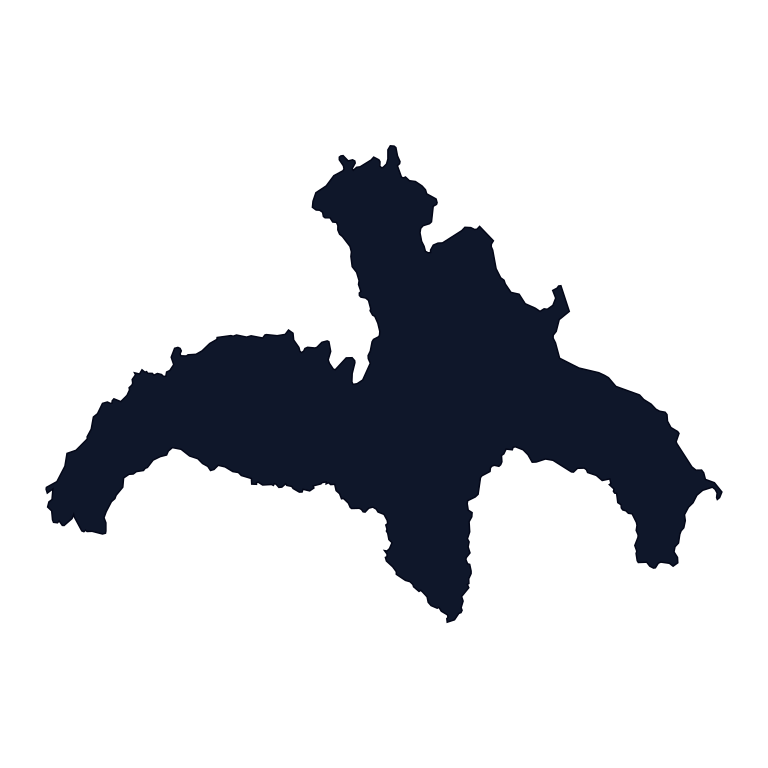 Porto Grande, Amapá, Brazil (Natural Earth projection)
{"feature_id": "56859067B81686186446663", "entity_name": "Porto Grande", "entity_type": "district", "adm_level": 2, "iso_a3": "BRA", "parent_name": "Brazil", "parent_adm1": "Amapá", "projection": "natural_earth1", "projection_center": [-51.672, 0.615], "detail": "fine", "context": "isolated", "style": "filled", "palette": "ink", "viewbox_px": 768, "rotation_deg": 0, "n_neighbors": 0, "source": "geoboundaries", "source_scale": "gbopen_adm2", "svg_char_len": 6100}
<svg xmlns="http://www.w3.org/2000/svg" viewBox="0 0 768 768"><path d="M46.1,489.2L47.3,493.1L52.9,488.9L52.0,499.5L48.9,501.9L47.6,507.0L51.7,510.9L52.5,519.8L53.5,522.3L57.5,522.8L59.1,520.9L62.3,525.4L64.1,525.5L72.0,518.6L73.7,514.4L74.3,517.0L81.8,530.9L83.9,531.7L85.5,530.2L87.1,531.5L92.1,531.3L102.5,534.0L105.5,533.2L105.9,531.0L105.9,522.8L104.0,517.7L106.2,511.7L111.4,501.7L114.9,498.6L116.1,495.3L122.8,487.2L123.6,478.0L129.0,474.3L133.3,474.0L136.4,471.6L143.5,470.5L145.2,468.3L147.4,467.5L153.1,460.1L160.3,456.6L166.6,455.0L168.3,451.1L172.4,447.6L181.1,449.3L189.6,456.0L197.8,458.7L202.5,463.5L207.8,466.4L210.5,470.5L214.0,469.5L218.2,465.3L225.1,466.9L232.8,471.6L238.4,472.5L241.3,475.5L251.4,478.5L251.7,484.1L256.5,484.3L256.5,482.6L258.2,482.2L262.6,485.0L271.5,484.5L273.4,485.4L274.3,483.6L276.1,484.2L278.9,487.4L281.9,487.1L285.7,483.7L286.7,485.4L291.7,486.4L293.1,488.5L299.3,492.1L302.1,492.0L303.0,489.3L309.7,490.9L313.9,488.0L313.2,485.9L320.9,483.9L322.2,482.6L326.2,481.9L326.1,483.9L328.5,482.7L330.7,484.6L334.7,484.3L336.1,490.6L339.6,493.7L341.5,498.8L343.3,498.4L344.6,499.5L348.4,503.2L350.2,507.4L351.6,508.5L359.3,508.3L361.5,509.5L363.1,511.8L365.1,512.1L368.8,508.2L372.8,507.1L376.3,509.2L378.0,512.0L384.0,514.4L387.2,520.4L387.7,523.5L385.8,525.0L387.0,529.1L386.4,531.1L387.7,533.2L388.9,539.6L392.0,542.7L389.5,548.6L387.0,551.0L384.5,550.6L387.0,554.0L387.0,556.7L385.4,557.4L386.4,561.0L392.7,566.8L396.3,571.7L396.3,574.3L405.4,580.4L410.0,581.7L412.9,584.5L413.6,586.8L419.0,591.4L420.8,590.3L422.2,591.6L427.1,596.9L428.2,602.3L431.1,605.6L437.2,608.2L438.9,607.3L441.3,611.2L447.5,614.9L448.0,617.4L446.8,618.6L447.2,622.2L454.5,619.8L458.8,613.4L461.0,612.6L462.1,610.3L461.1,607.7L463.1,601.1L461.6,596.5L468.8,587.7L467.3,584.4L468.9,583.5L468.7,578.8L471.1,573.6L471.1,571.0L469.7,564.4L467.6,563.8L465.9,559.7L466.2,557.7L470.0,552.9L468.1,546.9L469.1,541.9L467.4,538.8L469.7,531.9L469.1,521.7L471.8,516.8L472.1,512.6L468.2,510.1L467.2,503.5L467.7,500.7L475.2,497.0L478.1,494.3L480.5,477.6L481.9,475.8L490.0,471.5L490.5,467.7L492.1,466.0L494.4,465.3L498.9,466.3L500.7,464.7L501.9,461.8L501.5,455.5L503.8,453.9L506.1,449.1L512.3,449.8L513.1,447.3L515.5,446.8L523.1,449.8L528.0,454.8L532.2,462.2L536.3,462.0L545.5,459.0L553.0,460.3L571.4,471.9L573.5,472.1L577.5,468.3L584.2,468.1L586.4,469.7L587.6,472.5L596.3,475.4L602.2,480.5L609.8,478.9L610.9,483.5L609.3,484.6L614.0,489.0L613.4,491.3L614.6,493.1L616.6,493.4L617.8,502.6L621.1,504.8L621.3,507.9L622.7,509.9L625.9,510.8L628.4,513.3L632.1,513.8L636.4,522.4L637.0,525.4L636.2,530.4L638.1,534.9L638.0,537.3L634.8,545.5L636.8,551.2L636.1,553.5L637.2,560.7L638.3,562.5L646.7,562.2L649.8,566.2L653.5,568.1L655.4,567.8L658.3,563.2L660.8,562.1L669.4,563.3L673.1,566.2L677.8,562.8L677.5,557.4L674.0,551.9L675.0,546.8L678.5,543.0L679.8,534.3L681.1,530.9L683.8,527.8L685.3,520.6L684.5,514.7L688.5,507.2L693.0,502.8L696.9,495.2L702.7,490.3L712.4,487.2L715.1,489.3L717.1,493.0L716.6,497.6L717.3,499.5L719.6,497.6L721.9,492.0L714.4,482.7L705.4,479.4L703.7,472.8L701.6,470.1L696.0,470.2L691.9,466.9L677.0,443.8L676.1,441.8L679.0,433.4L677.7,431.6L670.9,427.5L667.5,421.2L667.0,414.6L665.1,412.2L659.6,411.2L655.9,409.2L651.1,404.1L643.7,399.5L639.6,395.0L615.9,386.4L608.5,377.7L604.4,375.3L598.8,372.7L578.9,368.0L559.6,358.2L555.5,342.9L553.1,338.1L553.2,335.2L556.2,331.4L559.2,319.6L569.3,311.4L560.9,285.7L558.6,286.0L557.0,288.2L552.7,290.4L555.7,298.1L552.9,305.3L547.3,309.3L544.1,308.8L540.0,311.4L535.3,308.2L525.2,303.7L519.1,294.2L511.0,292.4L505.3,284.0L504.0,280.2L500.7,277.8L496.1,268.7L492.7,250.1L491.2,246.6L491.4,244.0L493.4,240.8L479.6,226.4L477.0,229.2L474.6,229.5L470.8,227.6L464.9,227.3L461.8,230.6L442.5,242.9L438.0,243.1L433.3,245.1L430.6,250.0L430.6,252.5L428.2,252.8L425.4,251.3L424.1,246.3L421.6,241.3L420.0,232.8L420.7,228.4L423.1,225.7L429.5,223.7L431.5,221.8L433.2,206.3L436.5,204.4L437.1,202.7L436.1,199.0L426.7,193.8L425.5,189.8L422.1,186.0L415.4,181.5L409.4,180.7L405.5,177.0L403.5,177.9L401.5,177.2L397.4,165.7L399.6,163.7L400.0,161.6L397.5,155.9L395.9,147.6L394.1,146.1L390.3,145.8L387.9,149.8L387.9,159.0L386.5,164.0L383.1,167.4L381.5,167.7L379.8,166.2L380.0,161.7L378.9,159.8L373.7,157.1L371.1,160.0L360.1,166.8L356.6,167.3L353.3,170.3L352.2,168.5L355.2,163.1L354.8,161.0L352.6,159.8L348.2,160.9L343.1,155.6L340.9,155.9L339.3,157.1L339.3,159.8L343.4,165.8L344.0,169.0L342.9,170.8L333.9,175.6L326.2,185.9L315.9,192.7L313.0,201.2L312.4,207.3L316.1,210.0L319.6,210.2L322.6,212.3L323.4,216.5L325.1,217.8L330.0,217.8L332.7,222.0L336.5,222.4L337.9,225.7L337.8,229.9L339.6,234.2L342.4,236.5L350.0,246.4L351.4,251.9L350.9,256.5L352.2,266.7L356.6,272.3L359.1,280.7L358.5,284.4L360.9,291.5L359.3,293.0L359.4,295.5L360.9,297.1L365.6,298.0L368.5,300.4L370.7,308.8L370.1,310.7L372.6,315.1L374.8,316.3L377.8,323.1L379.8,331.4L379.5,335.2L378.7,336.7L373.5,339.4L372.1,341.7L370.3,351.1L368.1,355.6L368.3,358.7L370.3,363.2L362.7,380.0L357.1,383.7L353.0,384.4L351.9,381.8L352.2,373.6L354.9,362.7L354.7,360.7L352.1,357.7L346.2,357.9L335.2,369.8L333.3,369.1L329.4,363.3L328.2,359.8L330.7,351.4L328.9,341.7L327.2,340.9L321.9,342.3L316.8,347.4L315.0,348.0L307.6,347.3L304.9,348.5L303.7,351.1L301.6,352.6L299.9,351.3L298.9,347.4L293.7,340.0L293.0,333.2L288.5,330.0L285.2,334.4L277.2,335.7L266.4,334.6L264.9,335.0L262.7,338.0L251.1,335.8L246.6,337.1L236.5,335.0L233.2,336.2L230.9,335.6L217.1,337.5L216.9,339.4L209.7,343.5L202.0,350.9L196.0,354.3L188.0,354.8L186.4,356.0L180.8,355.8L180.1,353.8L181.3,350.9L180.1,348.4L177.9,347.4L174.6,348.3L171.2,357.2L173.7,364.6L169.8,370.5L166.6,372.0L165.8,376.3L163.5,376.4L161.5,374.5L157.4,373.5L153.8,375.2L152.4,373.4L147.6,373.3L146.6,371.6L144.9,372.2L142.0,369.8L139.5,374.0L134.5,372.8L135.5,374.8L132.2,379.5L132.7,383.2L131.9,385.1L129.1,387.7L129.5,390.0L127.0,395.4L120.8,401.6L113.9,398.8L112.2,400.8L112.0,403.1L110.4,403.4L107.4,402.0L102.5,403.4L97.5,413.7L93.4,417.0L91.2,429.2L87.1,436.8L87.3,438.9L76.0,450.3L67.0,453.4L64.9,466.2L56.9,481.6L46.4,487.4L46.1,489.2Z" fill="#0f172a" stroke="#020617" stroke-width="1.5"/></svg>